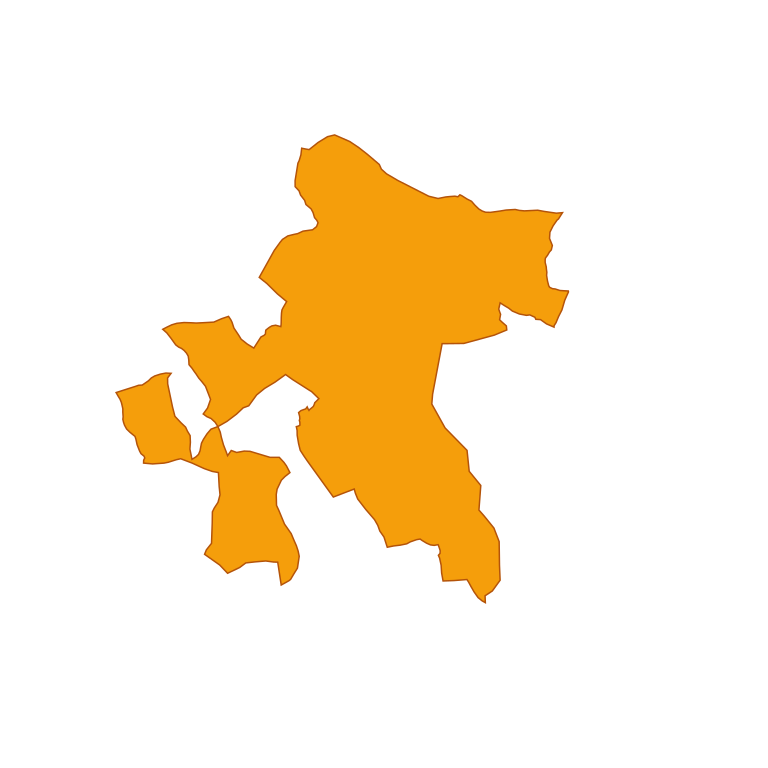 Nkwerre, Imo, Nigeria (orthographic projection), rotated 48°
{"feature_id": "59680162B31302026198632", "entity_name": "Nkwerre", "entity_type": "district", "adm_level": 2, "iso_a3": "NGA", "parent_name": "Nigeria", "parent_adm1": "Imo", "projection": "orthographic", "projection_center": [7.107, 5.761], "detail": "fine", "context": "isolated", "style": "filled", "palette": "amber", "viewbox_px": 768, "rotation_deg": 48, "n_neighbors": 0, "source": "geoboundaries", "source_scale": "gbopen_adm2", "svg_char_len": 4731}
<svg xmlns="http://www.w3.org/2000/svg" viewBox="0 0 768 768"><g transform="rotate(48 384 384)"><path d="M376.1,136.7L372.4,141.6L362.9,149.5L357.7,153.5L349.3,163.8L345.5,167.3L342.1,169.7L336.4,176.9L333.0,182.2L327.7,190.0L324.3,193.6L321.1,195.3L317.5,196.4L312.0,196.8L306.8,196.7L302.1,198.5L296.1,200.2L294.2,201.0L294.3,203.8L291.9,205.6L288.7,209.7L286.3,213.0L282.3,219.7L274.4,225.1L242.1,237.5L229.5,241.5L222.6,242.2L217.7,240.6L202.7,242.6L191.7,244.5L180.9,247.2L165.9,254.0L162.4,260.5L160.4,271.4L159.7,282.8L156.8,285.1L153.7,287.4L158.1,292.4L161.2,297.5L162.3,300.2L173.4,314.0L177.9,318.0L183.6,317.9L187.8,319.6L194.4,320.1L198.4,321.9L201.4,321.5L205.1,321.0L209.1,322.0L213.9,324.3L217.4,324.4L220.0,325.1L221.9,328.8L221.6,333.9L216.2,341.9L214.5,347.5L212.3,351.3L209.6,356.4L208.6,362.7L209.2,366.5L211.3,376.2L214.6,385.8L221.3,405.4L231.0,403.8L245.8,402.9L257.6,401.2L259.7,407.7L260.7,410.3L262.7,412.7L265.8,415.8L268.6,418.4L270.8,420.5L272.3,422.3L267.8,425.2L265.8,428.4L265.2,431.1L265.0,433.6L264.9,435.8L265.7,436.8L267.5,438.7L267.6,440.5L266.7,444.0L270.2,456.7L262.8,458.9L255.2,460.2L250.3,459.3L242.0,458.1L236.4,455.6L233.5,454.8L229.7,454.3L226.8,461.0L224.1,469.1L216.7,478.3L213.1,482.7L209.3,486.5L204.5,491.5L200.3,497.3L198.0,502.1L196.5,507.2L195.3,511.8L200.8,511.2L207.5,511.7L215.6,512.6L219.2,511.9L222.0,510.7L225.2,510.1L228.7,510.1L232.2,510.8L235.5,513.0L239.2,516.0L243.5,516.1L248.1,516.7L250.4,516.9L255.7,517.7L260.3,517.8L266.3,518.2L279.4,523.2L283.8,531.2L285.3,538.4L289.7,537.5L294.0,535.6L299.5,535.1L304.5,535.9L306.7,525.7L307.7,513.8L307.5,504.5L309.7,499.1L306.9,486.0L307.4,475.7L309.7,463.7L311.1,450.8L319.4,449.0L328.4,446.5L338.9,443.6L341.1,442.9L351.3,442.2L351.6,448.0L352.5,449.5L353.3,451.3L353.4,452.2L353.3,454.7L353.2,456.6L353.4,457.4L351.7,457.1L349.6,456.4L350.1,458.9L349.1,461.2L348.2,463.5L348.1,466.6L351.5,468.3L353.6,469.9L354.4,471.3L356.1,472.1L358.3,474.0L358.0,475.7L357.0,477.7L360.3,479.6L364.1,482.9L371.2,487.4L377.2,490.6L384.0,491.7L390.1,492.5L434.1,497.3L442.1,476.4L445.9,478.3L451.9,480.5L465.1,481.5L478.4,481.8L484.9,483.2L490.5,485.5L497.7,486.4L507.5,490.8L510.8,485.2L514.6,479.8L518.0,474.0L518.9,470.1L521.5,463.9L523.4,460.9L525.7,460.4L530.7,458.9L534.7,457.1L537.5,454.7L539.6,451.3L542.2,452.3L545.5,453.8L547.4,455.7L547.7,458.2L550.6,459.2L556.9,462.8L563.1,467.7L569.9,471.9L577.0,463.4L584.8,453.2L587.9,453.7L592.8,454.9L598.9,456.2L605.7,457.0L610.8,456.2L614.3,455.0L609.0,450.6L610.3,442.0L607.5,429.0L595.9,419.4L578.2,403.9L564.6,398.7L549.2,397.9L541.2,397.8L524.2,380.0L505.9,379.1L488.9,366.7L457.5,368.0L430.9,361.9L424.1,354.7L392.9,313.8L397.1,309.1L407.3,297.5L421.5,269.3L426.0,256.6L422.7,254.2L416.6,254.9L413.6,255.1L410.2,250.7L408.3,250.0L405.1,248.6L401.4,243.4L406.5,242.0L411.0,240.6L415.7,239.8L422.5,236.6L428.3,232.2L430.2,229.4L435.4,227.2L437.5,227.9L440.9,224.6L448.1,223.0L455.5,219.6L454.5,218.6L453.5,215.1L450.7,209.2L448.0,202.2L442.7,193.6L439.0,185.3L438.2,184.8L435.2,187.8L432.2,190.7L427.9,193.2L425.9,195.0L423.0,196.2L421.3,195.9L416.9,193.6L412.1,190.5L409.9,188.2L407.1,186.3L405.6,185.1L401.5,182.9L399.4,181.0L398.4,179.7L397.8,176.5L396.6,172.7L396.3,169.9L393.7,166.2L386.6,163.6L382.2,159.1L379.6,152.5L378.0,145.7L378.1,143.9L377.0,140.0L376.1,136.7ZM211.1,588.8L215.7,589.8L218.5,590.3L221.7,591.4L224.0,592.6L227.7,594.7L230.1,596.9L233.8,599.8L235.5,601.7L238.2,603.2L241.0,604.4L245.2,605.4L249.9,605.1L256.3,604.1L259.0,605.3L263.9,608.1L270.3,610.5L273.2,611.2L277.1,610.6L278.9,611.3L279.8,613.6L281.9,615.6L288.5,609.5L295.6,600.4L297.8,596.7L301.3,589.0L303.5,585.1L314.4,579.5L326.6,574.2L334.1,570.1L339.0,566.3L349.9,575.1L356.6,580.0L360.9,586.6L362.6,593.1L364.2,597.1L372.4,604.7L387.0,618.8L388.4,627.0L390.5,631.3L408.6,627.2L420.0,626.9L423.8,614.0L424.5,606.4L429.8,599.0L436.4,590.3L442.4,585.2L445.3,582.2L464.6,594.9L465.7,590.2L466.6,586.2L466.7,584.1L464.9,578.4L462.9,571.5L455.3,562.3L450.7,559.6L445.5,557.3L440.6,555.7L433.1,553.1L425.1,552.1L421.6,551.7L407.5,546.7L402.3,545.1L394.0,538.0L390.6,533.8L386.8,524.6L386.5,519.6L386.9,513.2L379.6,511.3L375.3,510.8L368.4,510.9L362.2,517.8L344.4,528.6L340.3,532.8L336.3,539.3L331.2,542.0L332.6,548.2L328.9,546.7L321.8,544.0L314.7,540.5L310.2,537.9L304.5,535.9L301.8,542.8L302.6,548.8L304.3,555.2L305.9,559.3L308.3,562.5L310.5,565.3L312.2,568.9L312.3,572.5L311.5,577.1L302.5,571.8L297.8,566.9L292.6,562.6L287.4,561.6L283.3,560.3L277.0,560.8L268.1,561.0L259.7,556.6L239.2,544.7L234.7,540.8L233.6,535.1L229.9,538.8L227.0,543.6L224.6,549.0L223.8,552.9L224.0,556.9L223.5,560.9L223.0,564.4L220.7,567.3L219.4,570.4L211.1,588.8Z" fill="#f59e0b" stroke="#b45309" stroke-width="1.5"/></g></svg>